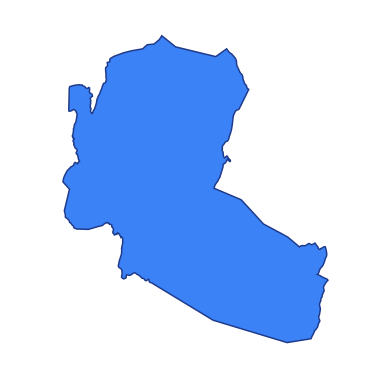 the district of Manto, Olancho, Honduras, rotated 355°
{"feature_id": "27666195B56288500543759", "entity_name": "Manto", "entity_type": "district", "adm_level": 2, "iso_a3": "HND", "parent_name": "Honduras", "parent_adm1": "Olancho", "projection": "equal_earth", "projection_center": [-86.423, 14.876], "detail": "fine", "context": "isolated", "style": "filled", "palette": "blue", "viewbox_px": 384, "rotation_deg": 355, "n_neighbors": 0, "source": "geoboundaries", "source_scale": "gbopen_adm2", "svg_char_len": 5885}
<svg xmlns="http://www.w3.org/2000/svg" viewBox="0 0 384 384"><g transform="rotate(355 192 192)"><path d="M297.8,348.5L298.4,347.4L299.1,346.0L300.8,343.5L301.9,341.2L303.6,339.5L305.3,337.5L306.2,335.3L306.5,334.2L308.1,331.7L308.1,331.0L307.4,329.0L307.3,327.7L308.4,324.9L309.7,319.7L309.6,318.6L309.2,316.2L309.2,315.2L309.4,314.4L310.0,313.0L310.8,311.7L311.2,309.2L311.6,308.7L312.3,308.2L312.9,305.7L313.4,305.0L313.9,303.6L315.0,302.2L315.0,301.6L314.8,300.2L314.7,298.1L315.0,297.4L317.5,293.9L318.5,292.8L319.3,292.3L319.7,291.9L319.6,291.5L319.4,291.0L318.6,290.4L315.0,288.4L313.9,287.7L312.2,286.4L309.8,285.1L310.2,285.0L311.2,283.5L312.5,280.4L312.9,279.8L313.7,278.8L315.0,277.7L316.1,276.4L317.7,273.4L318.9,270.3L320.5,267.4L320.8,265.9L320.8,263.7L320.6,261.6L320.0,258.2L318.2,258.2L316.4,259.3L315.3,259.5L315.1,259.7L314.9,260.2L314.7,260.4L314.4,260.4L313.9,260.2L313.0,259.3L312.6,257.6L311.2,255.8L310.4,253.9L309.7,253.6L308.6,254.4L306.4,255.0L304.6,253.7L304.2,253.5L303.8,253.5L301.5,254.7L300.2,255.3L299.4,255.4L297.7,255.0L296.0,255.1L295.4,255.3L294.3,256.1L283.7,245.5L278.2,241.7L260.4,230.1L240.4,204.1L214.3,190.2L214.9,188.5L215.7,186.9L217.1,185.1L218.7,183.3L219.5,181.8L221.3,179.3L221.6,178.2L222.2,176.9L225.0,169.9L225.3,168.1L225.7,166.9L226.0,166.8L226.8,166.6L227.9,165.7L228.4,165.2L229.3,163.7L229.7,163.4L230.4,162.3L230.7,162.6L231.2,163.7L231.8,164.5L232.5,165.0L232.9,164.6L233.0,164.1L232.8,163.5L232.1,162.6L231.4,161.8L230.6,160.4L230.4,159.6L230.0,159.2L229.8,159.1L229.5,159.2L228.3,160.5L227.8,160.8L227.3,160.8L227.0,160.3L226.7,159.7L226.5,158.3L226.2,157.5L226.5,156.9L226.4,155.3L225.7,152.8L226.1,151.1L226.1,149.5L226.8,148.3L228.6,146.4L229.5,145.1L230.4,144.7L231.9,144.3L233.2,142.4L234.1,139.7L235.3,137.2L236.9,132.8L238.4,126.7L238.9,123.6L239.7,120.1L240.6,118.2L241.5,116.6L242.3,115.4L243.2,114.5L244.0,114.2L245.5,113.9L246.2,113.4L257.5,94.7L257.3,94.5L256.5,94.0L256.1,93.5L255.9,93.0L255.4,90.7L254.6,89.3L254.1,89.1L253.8,88.6L253.2,85.6L252.9,85.0L252.7,84.2L252.6,81.6L252.3,80.0L251.8,79.1L250.9,78.1L250.3,77.1L247.8,70.2L247.6,68.1L247.7,65.6L247.0,62.8L246.5,62.1L243.5,57.9L241.8,56.6L241.3,56.0L240.0,54.2L239.0,52.4L227.5,59.2L188.3,46.0L175.5,33.7L172.8,37.3L167.1,41.3L160.2,41.4L155.3,45.1L144.3,46.0L135.9,47.4L125.9,50.1L124.0,51.1L122.3,51.9L121.9,52.4L121.6,53.1L121.4,54.9L121.2,55.2L120.8,55.5L119.4,55.3L118.9,55.5L118.8,56.2L119.0,58.1L118.9,58.6L118.5,59.3L117.1,60.4L116.7,61.1L116.5,64.7L116.7,66.7L116.4,68.5L116.4,69.6L116.3,70.5L116.5,72.6L116.5,73.1L115.7,74.3L115.5,75.1L115.2,75.6L114.7,75.9L113.5,76.0L112.7,77.3L111.6,79.6L111.4,80.4L111.0,81.0L110.6,82.2L109.9,83.1L109.0,85.2L107.8,87.3L106.8,88.6L106.0,90.6L105.5,91.2L104.5,95.1L103.0,98.9L101.7,101.4L100.6,102.7L100.3,103.8L99.8,104.4L99.7,104.9L99.4,105.2L99.1,105.0L98.0,103.2L97.9,102.8L97.9,102.5L98.4,101.2L98.7,100.1L98.6,99.8L98.0,99.4L98.0,99.1L98.2,98.2L98.2,96.7L98.8,94.9L98.9,93.4L99.2,92.1L98.7,90.2L99.0,89.5L99.7,88.8L100.5,88.3L100.9,88.2L101.2,88.0L101.2,87.7L101.0,85.9L100.1,85.4L99.4,84.6L98.7,84.2L98.4,83.8L98.5,83.1L98.9,81.7L99.0,79.6L98.9,79.4L98.3,78.9L97.6,79.5L97.4,79.6L96.9,79.6L95.6,79.3L94.0,77.3L93.1,77.0L92.4,76.7L91.9,75.8L90.4,75.7L89.1,75.3L88.1,75.5L86.5,75.3L85.0,75.5L83.2,75.5L82.3,75.9L79.8,76.2L79.3,76.5L79.0,77.3L78.7,78.5L76.3,100.5L76.6,100.7L77.4,100.9L78.2,100.7L79.3,100.4L81.0,99.5L81.3,99.6L82.8,100.4L83.1,100.9L83.5,101.7L83.9,103.4L84.4,104.3L84.0,106.2L82.7,111.2L81.8,113.3L81.0,114.1L80.5,115.4L80.1,117.4L79.3,119.0L79.3,120.6L78.4,124.2L77.6,125.8L77.9,126.2L78.0,127.1L78.5,127.3L78.5,128.3L78.9,128.4L79.4,129.0L79.0,129.6L78.2,129.9L78.0,130.2L78.0,130.9L78.4,132.4L78.7,133.2L78.4,134.1L78.4,135.1L78.5,135.4L78.8,135.8L79.0,136.2L79.5,138.1L80.7,139.2L81.0,139.6L81.2,140.1L81.2,140.6L81.1,141.1L80.1,142.5L80.1,143.9L80.2,144.1L80.8,144.1L81.1,144.4L81.2,144.7L81.3,146.2L81.6,147.4L81.7,149.1L82.3,151.2L82.6,151.8L81.8,152.0L81.3,152.7L80.8,152.9L80.5,153.7L80.2,153.9L79.6,153.7L78.6,152.4L78.2,152.3L76.9,153.5L76.8,154.1L76.4,154.9L75.2,155.8L73.4,156.5L72.7,157.1L72.2,157.8L71.7,158.0L70.5,159.1L69.8,159.7L68.5,161.4L67.8,162.6L66.5,164.6L65.3,167.1L64.3,170.6L70.2,178.5L63.2,199.5L63.4,201.5L63.7,202.3L63.8,203.2L63.8,203.8L63.6,205.8L63.9,206.4L64.9,207.2L66.9,209.3L67.1,209.8L67.3,211.0L67.5,211.6L68.7,212.7L69.7,214.4L70.9,215.6L71.0,215.9L71.0,216.4L71.3,217.3L72.0,218.0L73.1,218.3L73.7,218.8L85.5,220.2L95.6,218.2L99.6,217.6L100.2,217.3L102.1,215.9L103.6,215.5L104.0,215.2L104.6,215.1L104.9,214.9L105.9,216.0L106.9,216.1L106.9,216.9L107.0,217.0L108.3,217.3L109.1,217.8L109.2,218.2L109.0,219.4L110.0,221.0L110.6,222.3L110.5,222.7L109.9,224.0L109.6,225.7L109.7,226.0L110.7,227.0L110.8,227.3L110.7,227.7L110.7,227.9L111.2,228.1L112.4,227.4L113.3,227.7L113.6,227.3L113.6,226.9L114.4,226.7L114.4,226.2L114.6,226.2L114.7,226.3L114.7,226.7L114.9,227.0L115.0,227.1L115.4,227.0L115.9,227.7L117.0,230.2L117.3,231.3L117.5,231.2L117.6,230.4L117.8,230.4L118.5,231.2L118.9,232.4L118.7,234.1L118.6,236.2L118.5,237.0L117.4,240.3L117.2,241.6L116.9,242.0L116.9,244.0L116.4,247.3L115.6,249.5L113.6,254.2L112.1,259.2L112.2,259.8L112.6,260.6L113.4,261.4L114.8,262.5L115.0,263.0L115.3,264.6L115.3,267.4L115.1,268.0L114.5,269.8L114.4,270.6L114.5,271.0L114.8,271.4L115.5,272.0L116.1,272.5L117.0,272.5L117.5,272.3L118.1,271.9L118.8,271.8L118.9,271.6L119.1,270.5L119.2,269.2L119.5,268.9L119.9,268.8L121.3,269.4L122.2,269.6L122.9,269.5L124.2,269.1L126.4,267.8L127.9,267.4L128.8,268.0L130.1,269.3L131.5,270.0L133.0,271.4L133.5,271.9L134.2,273.0L134.5,273.3L134.9,273.6L135.7,273.7L136.4,274.0L137.1,275.1L137.4,275.7L137.7,276.0L138.4,276.3L139.1,276.3L140.5,275.3L141.1,275.1L141.4,275.2L141.5,275.4L141.5,277.1L141.9,277.9L142.3,278.4L144.5,279.3L145.2,280.0L201.9,321.6L273.6,350.3L297.8,348.5Z" fill="#3b82f6" stroke="#1e3a8a" stroke-width="1.5"/></g></svg>